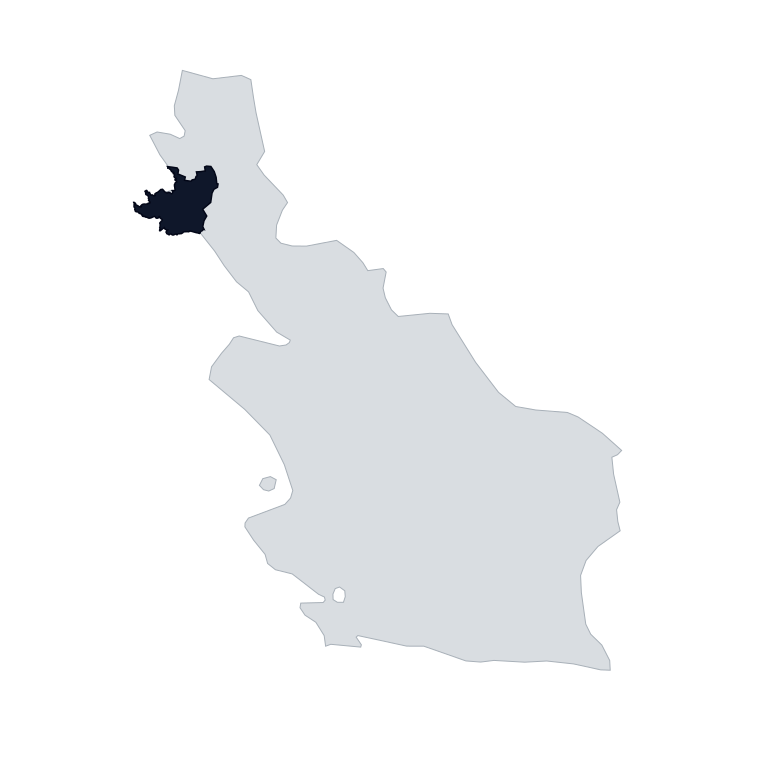 Goris, Syunik, Armenia (highlighted), rotated 193°
{"feature_id": "60910142B80914034873135", "entity_name": "Goris", "entity_type": "district", "adm_level": 2, "iso_a3": "ARM", "parent_name": "Armenia", "parent_adm1": "Syunik", "projection": "robinson", "projection_center": [46.432, 39.469], "detail": "fine", "context": "in_parent", "style": "filled", "palette": "ink", "viewbox_px": 768, "rotation_deg": 193, "n_neighbors": 0, "source": "geoboundaries", "source_scale": "gbopen_adm2", "svg_char_len": 7794}
<svg xmlns="http://www.w3.org/2000/svg" viewBox="0 0 768 768"><g transform="rotate(193 384 384)"><path d="M337.2,466.7L331.0,457.1L299.6,425.7L270.5,401.6L250.6,391.7L230.3,392.8L198.9,397.5L187.4,395.5L160.1,385.1L137.5,372.7L140.6,367.6L145.5,363.9L140.0,347.8L127.6,321.9L129.1,313.8L125.2,302.5L120.9,294.1L139.0,273.8L147.4,257.5L149.4,241.7L144.8,225.2L133.4,195.4L126.3,186.7L113.0,178.6L101.9,165.4L99.2,156.0L108.7,154.2L136.4,153.9L163.2,150.7L184.3,144.6L214.7,139.4L227.3,134.8L241.9,132.6L286.3,137.5L302.9,133.7L352.9,133.0L354.2,131.1L347.4,124.8L347.5,122.4L377.3,118.4L381.9,115.4L385.7,125.4L396.8,136.5L409.0,141.0L415.5,147.1L415.8,151.8L394.1,157.4L392.7,160.2L394.1,163.0L400.5,164.4L430.7,178.3L448.0,178.6L457.0,182.9L461.5,191.2L475.9,202.5L487.4,213.5L488.1,217.3L485.9,222.9L453.5,244.4L449.4,251.8L448.9,259.7L463.0,283.0L483.7,308.6L513.9,327.9L555.4,349.0L555.9,362.0L549.2,377.5L543.6,388.0L541.0,395.2L535.9,398.2L494.4,397.5L488.2,400.0L485.5,403.1L485.2,405.7L500.2,410.4L523.4,427.1L536.7,443.3L550.7,450.4L566.3,463.3L578.9,475.4L598.4,491.0L620.2,485.9L649.3,499.7L650.5,509.2L648.7,517.6L630.4,526.8L628.1,530.6L628.1,533.8L630.5,538.3L641.3,545.8L653.9,556.9L668.2,573.6L661.8,578.5L648.5,579.3L638.2,577.2L634.5,580.6L634.7,586.1L648.2,598.7L650.9,607.9L650.3,624.0L651.0,644.2L619.4,642.9L592.4,652.6L582.2,650.6L575.5,633.5L569.7,619.5L552.6,583.7L557.3,569.1L547.8,560.6L524.7,545.4L518.8,539.1L522.1,530.5L524.4,514.7L522.2,501.9L516.1,498.0L504.6,497.8L490.6,500.9L462.5,513.3L443.0,505.4L431.8,497.4L425.3,490.8L410.7,496.3L407.1,493.6L406.5,477.2L402.1,468.3L393.4,457.9L385.3,453.0L355.2,463.2L337.2,466.7ZM385.5,173.7L386.5,167.8L385.1,162.5L380.3,160.8L374.4,162.2L373.9,168.1L375.7,173.7L381.6,176.2L385.5,173.7ZM480.8,264.5L473.9,268.2L467.5,266.5L467.5,257.4L472.2,253.8L477.6,253.9L482.6,257.2L480.8,264.5Z" fill="#d9dde1" stroke="#a8b0b8" stroke-width="1"/><path d="M643.8,547.1L643.6,546.9L643.5,546.6L643.3,546.5L643.3,546.3L643.2,545.7L642.9,545.8L642.7,546.4L642.0,545.7L641.7,545.6L641.5,545.3L641.3,545.2L640.2,545.0L640.1,544.8L640.0,544.6L639.8,544.4L639.4,544.1L639.2,543.9L639.1,543.7L638.9,543.3L638.5,543.2L637.8,542.9L637.6,542.9L637.4,542.8L637.1,542.8L636.9,542.9L636.4,542.8L636.3,542.6L636.3,542.3L636.6,542.1L636.7,541.8L636.7,541.6L635.8,541.4L635.5,541.4L635.3,541.3L635.3,541.1L635.3,540.9L635.3,540.6L635.1,540.4L635.2,540.1L635.3,539.1L635.2,538.8L634.9,538.5L634.8,538.4L634.6,538.1L634.3,538.0L633.6,537.9L633.3,537.9L633.3,537.5L633.3,537.3L632.5,537.0L632.6,536.7L633.3,536.5L633.6,536.2L633.6,535.8L633.4,535.7L632.4,535.3L631.9,535.0L631.7,534.8L631.7,534.4L631.5,534.1L631.9,533.8L632.2,533.6L632.4,533.3L632.7,532.9L632.8,532.6L632.7,532.4L632.7,532.1L632.6,531.8L632.8,531.5L633.0,531.3L632.9,530.7L632.8,530.1L632.6,529.5L632.2,528.8L632.0,528.1L631.7,527.3L631.1,526.3L631.7,525.3L632.1,525.1L632.9,524.9L633.5,524.9L633.9,524.8L633.7,524.6L633.4,524.4L632.9,523.8L633.0,523.1L633.0,522.7L633.1,522.2L633.5,521.7L633.9,521.6L634.3,521.6L635.1,522.0L635.5,522.2L636.3,522.3L636.8,522.3L637.4,522.1L637.8,521.7L638.0,521.4L638.7,521.3L639.2,521.4L640.2,521.7L640.9,521.9L641.4,522.2L641.8,522.6L642.0,522.9L642.7,523.3L643.6,523.9L644.0,523.7L644.9,523.5L645.1,523.4L645.5,522.9L646.3,521.7L647.1,520.6L647.5,520.1L648.0,519.6L648.9,519.0L649.7,518.0L650.0,517.6L650.0,517.4L649.4,516.2L649.5,516.0L650.2,515.7L650.6,515.6L651.2,515.7L651.6,516.0L652.1,516.1L652.4,516.1L652.6,516.0L652.6,515.8L652.7,515.6L652.9,515.5L653.2,515.6L653.2,515.8L653.4,515.9L653.7,515.8L654.0,515.8L654.4,516.4L654.8,516.9L655.1,517.2L655.4,517.4L655.6,517.5L655.6,517.9L655.8,517.9L656.0,517.7L656.2,517.4L656.3,517.5L656.7,517.8L657.2,517.9L657.5,518.0L657.7,517.9L657.9,517.9L657.9,518.3L658.4,519.0L658.7,519.2L659.1,519.2L659.4,519.0L659.6,518.7L659.7,518.2L660.2,518.1L660.2,517.8L660.0,517.6L659.3,517.1L659.2,516.9L659.1,516.7L659.0,516.4L659.1,516.2L659.0,515.8L659.0,515.7L658.9,515.5L658.7,515.2L658.2,514.9L657.9,514.9L657.7,514.8L657.3,514.8L656.9,514.7L656.3,514.4L656.0,513.8L655.8,513.6L655.3,513.3L655.3,513.1L655.4,512.8L655.3,512.4L655.4,512.0L655.2,511.6L654.7,511.3L654.3,511.1L654.2,510.9L654.3,510.7L654.7,510.1L654.7,509.9L654.4,509.8L652.8,508.5L652.7,508.2L652.7,507.9L652.9,507.7L653.2,507.6L653.7,507.5L654.0,507.3L654.3,507.2L654.5,507.1L654.6,506.6L655.0,506.2L655.6,506.1L656.2,505.8L656.7,505.6L658.2,505.4L658.7,505.2L659.2,505.0L659.8,504.6L660.2,504.2L660.5,503.7L660.8,503.3L661.0,503.0L661.0,502.8L660.4,502.3L660.5,502.1L660.7,501.7L661.3,501.6L661.6,501.6L662.2,501.8L662.7,501.8L663.2,502.0L663.9,502.3L665.5,502.7L666.0,502.8L666.3,502.8L666.5,503.1L666.5,503.6L666.6,503.9L666.8,504.1L667.1,504.3L668.0,504.6L668.4,504.8L668.6,504.8L668.8,504.7L668.7,504.5L668.2,504.0L667.9,503.6L667.8,503.3L667.8,503.0L667.9,502.7L667.6,502.4L667.5,502.2L667.6,501.9L667.7,501.4L667.7,501.1L667.5,500.9L667.4,500.7L667.2,500.1L666.8,500.0L666.5,499.7L666.4,499.4L666.2,499.1L666.0,498.9L665.9,498.6L666.0,498.3L666.1,498.0L666.1,497.8L665.9,497.6L665.5,497.2L665.4,496.9L665.3,496.7L665.1,496.8L665.0,496.6L664.9,496.4L664.4,496.1L663.9,496.1L663.7,496.3L663.3,496.4L662.4,496.2L661.9,495.9L661.6,495.8L661.3,495.5L661.0,495.3L660.9,495.5L660.6,495.6L660.3,495.5L660.0,495.3L659.6,495.1L659.2,495.1L658.7,494.9L658.2,494.6L658.0,494.2L657.3,494.2L657.4,493.7L657.2,493.4L657.0,493.2L656.4,493.1L655.8,493.2L654.7,493.5L654.3,493.5L654.0,493.4L654.0,493.0L653.8,493.0L652.9,493.1L652.6,493.1L651.9,493.0L651.4,492.8L650.7,492.7L649.9,492.8L649.1,493.1L647.9,493.8L647.4,494.2L646.9,494.7L645.7,495.4L645.0,495.7L644.3,495.3L643.9,494.8L643.3,494.4L643.0,494.4L642.4,494.5L641.6,494.8L641.3,495.1L641.0,496.2L640.9,496.6L640.7,496.7L640.4,496.7L640.1,496.5L639.9,495.9L639.3,495.4L638.5,495.0L637.7,494.7L637.1,494.4L637.0,494.0L637.1,493.4L637.2,492.9L637.6,492.5L638.3,491.2L638.6,490.7L638.6,490.2L638.5,489.9L638.3,489.7L638.1,489.2L637.9,489.0L637.8,488.5L637.8,488.0L637.6,486.7L637.6,486.2L637.7,485.8L637.3,485.3L637.2,484.8L637.2,484.5L637.3,484.0L637.2,483.7L637.2,483.4L637.2,483.1L637.1,482.9L636.5,483.0L636.3,483.1L636.1,483.4L636.0,483.6L635.6,484.1L635.4,484.4L634.9,485.0L634.5,485.5L634.3,485.8L634.0,486.1L633.9,486.3L633.3,487.0L633.0,486.7L632.8,486.3L632.6,486.0L632.1,485.6L631.5,485.5L631.1,485.4L630.6,485.4L629.4,485.4L629.7,484.8L630.3,484.0L630.4,483.8L630.5,483.2L630.4,482.7L630.2,482.5L629.6,482.0L629.5,481.7L629.3,481.6L629.0,481.5L628.5,481.5L627.4,481.1L627.0,481.0L626.9,481.0L626.7,481.2L626.4,481.6L626.2,481.9L625.9,482.1L625.5,482.2L625.0,482.2L624.1,481.7L623.7,481.6L623.3,481.7L622.8,481.8L622.5,481.9L622.1,482.3L621.7,482.5L621.3,482.8L620.7,483.4L620.4,483.5L620.2,483.5L619.9,483.1L619.7,483.0L619.5,482.8L619.4,482.8L619.1,482.9L619.0,483.2L618.7,483.8L618.4,484.1L617.9,484.2L617.4,484.3L616.9,484.4L616.3,484.6L615.9,484.8L615.3,484.9L614.9,485.3L614.7,485.5L614.2,485.9L614.0,486.2L613.8,486.7L613.6,487.0L612.9,487.4L612.4,487.5L611.9,487.7L611.0,487.9L610.5,488.1L609.9,488.2L609.4,488.3L608.9,488.3L608.4,488.5L608.2,488.7L608.0,489.0L607.8,489.3L607.1,489.5L606.4,489.4L605.8,489.5L604.9,489.4L603.2,489.3L602.6,489.3L601.0,489.2L599.6,489.3L598.2,489.2L597.5,489.2L597.3,489.4L597.1,490.0L597.0,491.0L596.8,491.6L596.5,491.8L595.8,492.3L595.4,492.8L595.2,493.0L595.1,493.3L595.0,493.6L595.0,494.0L594.8,494.3L594.1,494.2L596.0,496.6L596.1,502.5L594.5,507.8L600.0,513.5L593.7,521.9L594.5,531.3L593.5,535.5L590.5,538.2L590.7,541.6L592.0,541.6L594.1,547.7L597.2,552.8L601.6,557.0L605.9,556.4L607.6,555.2L606.1,551.4L610.7,549.6L614.5,548.5L612.9,545.0L613.8,544.0L614.1,541.0L616.8,539.8L617.8,538.1L624.2,537.6L624.2,541.0L632.1,542.3L632.3,546.2L634.2,548.0L639.3,547.6L643.8,547.1Z" fill="#0f172a" stroke="#020617" stroke-width="1.5"/></g></svg>